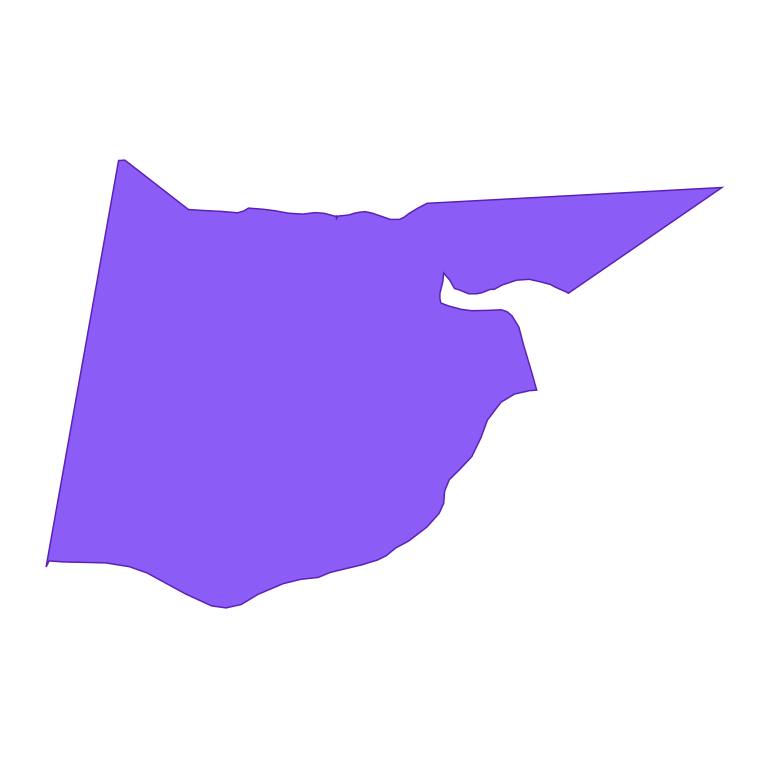 Durandeau, Anse-la-Raye, Saint Lucia (Mercator projection)
{"feature_id": "8701671B30216430122169", "entity_name": "Durandeau", "entity_type": "district", "adm_level": 2, "iso_a3": "LCA", "parent_name": "Saint Lucia", "parent_adm1": "Anse-la-Raye", "projection": "mercator", "projection_center": [-60.993, 13.923], "detail": "fine", "context": "isolated", "style": "filled", "palette": "violet", "viewbox_px": 768, "rotation_deg": 0, "n_neighbors": 0, "source": "geoboundaries", "source_scale": "gbopen_adm2", "svg_char_len": 1855}
<svg xmlns="http://www.w3.org/2000/svg" viewBox="0 0 768 768"><path d="M118.6,160.5L79.4,380.2L46.1,567.0L47.8,563.5L49.1,560.9L63.2,561.9L105.9,562.9L129.4,566.7L141.5,571.0L147.3,573.0L153.2,576.3L161.4,580.8L186.3,594.3L195.7,598.6L211.6,605.9L219.6,607.0L226.2,607.9L231.3,606.7L234.1,606.1L241.2,604.5L258.1,594.3L265.4,591.2L283.0,583.7L298.0,580.0L300.9,579.3L318.3,577.4L330.0,572.5L345.5,568.7L353.6,566.8L362.0,564.8L369.2,562.5L377.5,560.0L382.8,557.4L386.4,555.6L391.0,551.8L395.8,547.9L408.5,541.1L422.9,530.1L426.8,527.1L439.0,513.5L441.3,508.6L443.7,503.3L443.9,500.8L444.6,491.2L449.3,479.6L450.8,478.2L460.6,468.5L470.8,457.6L471.9,456.4L473.3,453.4L480.8,438.0L487.4,420.1L501.0,402.2L508.3,397.8L514.6,394.0L529.7,390.6L533.0,390.4L536.7,390.1L535.1,384.5L532.5,375.1L525.1,350.1L523.6,345.1L522.3,340.1L518.9,327.2L512.0,315.8L507.1,311.7L504.8,310.9L501.5,309.8L493.8,310.1L489.7,310.3L473.7,310.7L471.4,310.7L461.1,309.3L448.4,305.9L445.6,304.8L440.9,303.0L440.4,301.0L439.9,298.6L439.9,293.3L441.4,287.3L442.8,281.7L443.5,274.9L443.7,273.0L449.8,280.2L452.6,285.2L454.5,288.5L459.2,289.9L463.9,291.8L468.6,293.8L476.6,293.8L477.5,293.6L481.7,292.8L490.2,289.4L494.0,289.4L501.0,285.6L501.9,285.1L516.5,280.2L521.9,279.8L529.2,279.3L537.4,281.1L540.0,281.7L542.6,282.4L545.9,283.3L549.1,284.1L550.9,284.7L555.0,287.0L562.8,290.5L564.5,291.2L566.9,292.3L568.4,293.3L569.0,292.8L721.9,187.5L427.1,203.3L418.1,208.0L408.8,213.6L404.2,217.2L399.5,219.4L397.8,219.4L390.3,219.4L372.4,213.2L365.6,211.7L360.2,212.1L354.5,213.2L348.8,215.0L337.7,216.1L337.4,216.9L336.5,218.4L336.3,216.0L335.0,216.2L324.2,213.3L315.2,212.6L302.9,214.1L288.3,213.2L275.4,210.8L263.7,209.3L248.5,208.1L244.2,210.8L237.7,212.8L221.6,211.4L205.2,210.6L188.4,209.5L124.8,160.1L122.3,160.3L118.6,160.5Z" fill="#8b5cf6" stroke="#5b21b6" stroke-width="1.5"/></svg>